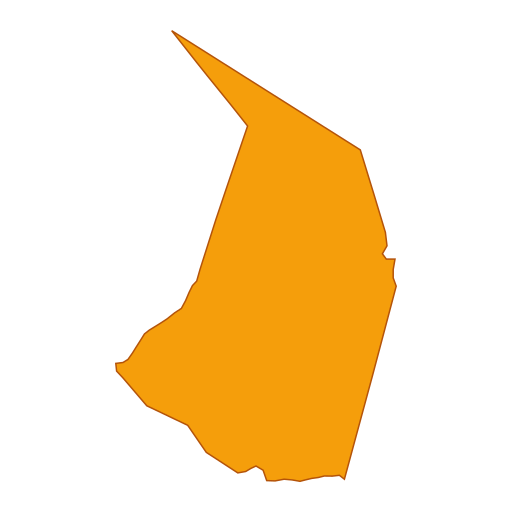 Cruz do Espírito Santo, Paraíba, Brazil (Natural Earth projection)
{"feature_id": "56859067B4098892245572", "entity_name": "Cruz do Espírito Santo", "entity_type": "district", "adm_level": 2, "iso_a3": "BRA", "parent_name": "Brazil", "parent_adm1": "Paraíba", "projection": "natural_earth1", "projection_center": [-35.118, -7.129], "detail": "fine", "context": "isolated", "style": "filled", "palette": "amber", "viewbox_px": 512, "rotation_deg": 0, "n_neighbors": 0, "source": "geoboundaries", "source_scale": "gbopen_adm2", "svg_char_len": 849}
<svg xmlns="http://www.w3.org/2000/svg" viewBox="0 0 512 512"><path d="M344.4,479.2L372.2,376.7L396.2,286.2L393.2,277.9L393.2,269.5L395.0,259.1L386.3,259.1L382.4,253.8L387.0,245.8L385.4,232.4L374.3,195.6L360.3,149.9L171.7,30.7L196.9,62.7L207.2,75.6L231.4,105.5L247.6,126.0L225.6,190.7L215.8,219.8L200.0,269.5L196.7,281.1L192.5,285.5L189.1,292.4L185.6,300.6L181.4,308.4L174.7,312.8L166.9,319.0L160.0,323.5L155.0,326.6L149.3,330.1L144.5,333.9L139.5,341.9L136.1,347.2L132.5,353.0L128.0,359.4L123.0,362.5L115.8,363.4L116.6,371.1L122.7,377.6L146.8,405.8L174.7,419.1L187.7,425.3L206.3,452.4L237.8,472.9L245.7,471.5L250.9,468.4L256.0,466.0L263.1,470.2L266.7,480.6L275.1,480.9L284.1,479.2L292.0,479.9L300.0,481.3L305.4,479.9L311.7,478.4L318.3,477.5L324.3,476.0L332.3,476.1L339.4,475.3L344.4,479.2Z" fill="#f59e0b" stroke="#b45309" stroke-width="1.5"/></svg>